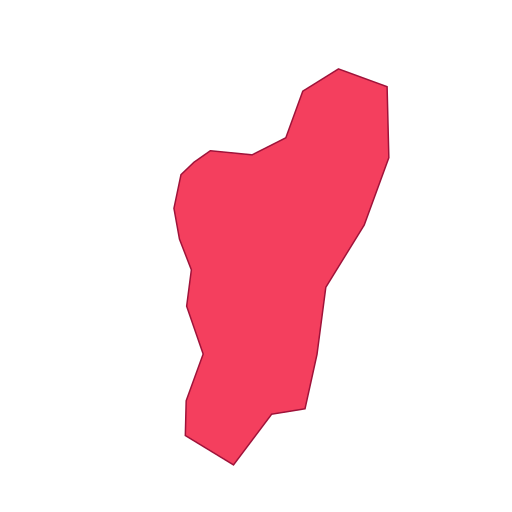 map outline of Eger (orthographic projection), rotated 200°
{"feature_id": "HUN-4920", "entity_name": "Eger", "entity_type": "Urban county", "adm_level": 1, "iso_a3": "HUN", "parent_name": "Hungary", "parent_adm1": "", "projection": "orthographic", "projection_center": [20.383, 47.928], "detail": "fine", "context": "isolated", "style": "filled", "palette": "rose", "viewbox_px": 512, "rotation_deg": 200, "n_neighbors": 0, "source": "natural_earth", "source_scale": "10m", "svg_char_len": 444}
<svg xmlns="http://www.w3.org/2000/svg" viewBox="0 0 512 512"><g transform="rotate(200 256 256)"><path d="M304.0,185.1L312.0,220.9L333.7,245.7L349.4,272.7L354.3,306.8L346.3,323.0L334.9,339.3L294.3,349.7L268.4,377.3L268.4,426.9L242.5,460.0L190.7,459.9L164.8,393.8L164.9,322.1L179.7,250.5L165.0,184.3L157.7,129.2L187.2,112.7L205.7,52.0L261.0,63.1L272.1,96.1L272.1,145.8L304.0,185.1Z" fill="#f43f5e" stroke="#9f1239" stroke-width="1.5"/></g></svg>